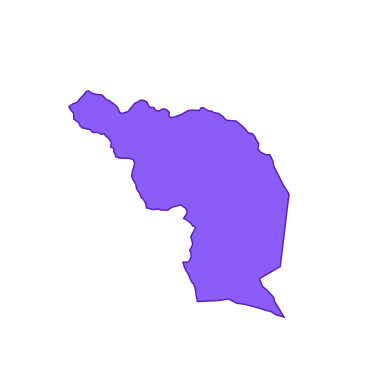 Parekklisia, Limassol, Cyprus, rotated 128°
{"feature_id": "46923920B53591306879990", "entity_name": "Parekklisia", "entity_type": "district", "adm_level": 2, "iso_a3": "CYP", "parent_name": "Cyprus", "parent_adm1": "Limassol", "projection": "albers", "projection_center": [33.161, 34.755], "detail": "fine", "context": "isolated", "style": "filled", "palette": "violet", "viewbox_px": 384, "rotation_deg": 128, "n_neighbors": 0, "source": "geoboundaries", "source_scale": "gbopen_adm2", "svg_char_len": 2233}
<svg xmlns="http://www.w3.org/2000/svg" viewBox="0 0 384 384"><g transform="rotate(128 192 192)"><path d="M233.9,42.5L227.4,59.6L224.8,62.7L223.3,71.4L223.0,78.4L218.7,85.5L196.4,76.6L133.9,114.3L130.6,123.6L121.4,143.3L117.8,147.5L116.0,150.8L114.7,153.7L117.3,157.0L118.4,162.7L117.2,166.8L113.0,169.1L112.1,171.1L110.9,174.4L109.6,176.7L108.9,180.6L110.8,183.9L109.8,188.0L109.2,192.4L109.0,197.9L109.0,201.0L111.6,205.1L113.8,208.1L114.3,210.5L113.5,214.0L113.7,219.2L115.9,223.6L116.4,226.9L118.0,228.9L118.4,232.5L118.6,234.9L120.1,236.6L123.3,236.5L124.7,238.4L127.4,242.3L129.0,244.1L130.8,245.5L134.0,246.7L137.3,248.0L140.5,250.1L144.2,252.3L146.9,255.3L146.2,257.2L143.1,259.1L142.8,262.5L143.9,265.4L145.5,266.8L148.3,267.8L150.0,270.4L149.0,274.4L150.8,276.6L151.1,278.6L150.6,279.7L148.9,282.5L149.3,285.7L150.1,287.6L151.8,289.3L154.3,290.1L157.5,291.7L162.3,291.9L168.0,291.9L173.1,295.5L173.8,297.8L170.9,303.4L170.8,307.3L170.9,312.9L171.9,316.4L170.9,322.5L173.9,327.4L175.8,331.5L176.1,336.0L177.3,336.9L179.7,337.2L182.7,337.2L185.4,337.5L188.7,337.7L192.4,337.8L195.8,340.1L200.4,341.5L200.5,341.5L201.8,339.1L203.1,333.2L207.4,330.1L207.1,323.6L208.7,321.3L209.2,318.0L208.3,316.6L207.1,313.8L205.6,311.1L206.1,306.7L203.1,303.1L202.2,298.7L200.2,297.4L200.9,294.3L201.1,290.6L202.9,285.6L206.8,283.8L205.8,280.5L208.3,278.5L210.1,275.1L211.2,273.6L209.9,270.1L207.3,266.4L203.9,261.9L202.7,257.9L204.7,254.9L209.1,252.9L212.6,251.6L216.7,249.2L218.6,246.2L219.4,243.3L220.4,241.2L223.4,237.8L224.6,235.1L225.0,232.9L227.6,228.7L227.6,226.1L229.5,221.5L232.5,218.0L229.7,211.7L226.4,208.3L225.0,204.9L221.2,200.0L216.7,198.6L212.9,195.9L209.0,192.7L208.7,187.3L209.9,184.3L212.0,182.7L214.9,182.7L218.0,182.4L217.3,178.2L217.3,175.1L217.8,172.2L218.3,170.4L217.7,169.4L217.5,167.6L219.4,167.0L222.7,166.3L227.9,165.5L229.4,163.5L232.8,159.1L239.7,157.8L240.2,155.7L243.8,152.7L246.9,151.8L249.7,151.8L253.0,155.9L255.8,151.8L257.7,148.0L259.7,142.7L261.4,140.4L263.5,135.7L263.6,133.8L265.9,130.4L268.7,127.1L271.3,124.7L273.5,121.8L275.1,120.4L261.0,104.1L257.9,101.2L253.8,97.5L252.2,88.6L248.3,81.8L244.1,72.3L237.4,55.2L237.2,50.6L233.9,42.5Z" fill="#8b5cf6" stroke="#5b21b6" stroke-width="1.5"/></g></svg>